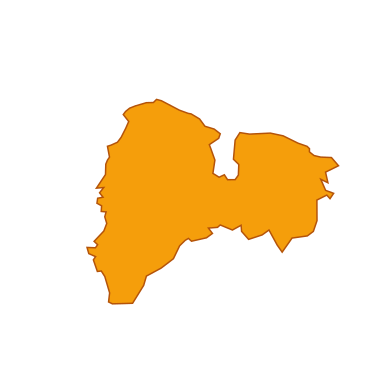 Beaufort, South Carolina, United States of America (orthographic projection), rotated 233°
{"feature_id": "52423323B11454809492263", "entity_name": "Beaufort", "entity_type": "district", "adm_level": 2, "iso_a3": "USA", "parent_name": "United States of America", "parent_adm1": "South Carolina", "projection": "orthographic", "projection_center": [-80.723, 32.391], "detail": "fine", "context": "isolated", "style": "filled", "palette": "amber", "viewbox_px": 384, "rotation_deg": 233, "n_neighbors": 0, "source": "geoboundaries", "source_scale": "gbopen_adm2", "svg_char_len": 1527}
<svg xmlns="http://www.w3.org/2000/svg" viewBox="0 0 384 384"><g transform="rotate(233 192 192)"><path d="M138.9,77.6L146.5,97.2L152.3,105.0L149.8,121.5L149.9,137.0L156.5,149.8L157.5,157.5L157.1,161.2L153.0,162.0L146.7,176.0L146.6,183.4L153.3,183.4L148.4,191.1L148.7,194.7L137.3,201.4L135.9,211.2L130.7,207.9L120.1,208.7L115.5,222.2L115.3,230.6L98.4,228.1L89.7,227.8L95.0,244.2L87.5,257.7L87.5,265.2L93.9,274.6L110.4,286.9L108.4,297.8L103.6,298.2L105.7,304.3L112.9,299.7L124.7,302.5L117.6,306.1L127.5,310.6L124.8,324.8L135.6,324.1L142.5,315.7L147.7,311.4L152.3,310.2L153.5,310.0L155.9,311.9L159.2,311.4L167.3,306.0L182.0,298.6L191.9,290.0L203.6,272.8L210.6,266.0L207.5,257.7L193.2,244.8L185.9,245.9L185.3,245.5L177.6,239.2L175.9,233.9L180.4,227.8L186.3,228.2L187.5,222.5L189.7,221.7L194.3,219.9L203.7,229.5L215.9,233.3L219.4,234.3L218.8,245.6L221.5,249.6L228.9,247.6L236.7,241.9L245.8,242.0L254.9,238.3L257.2,236.2L264.9,231.2L283.3,222.5L287.3,219.4L286.7,215.0L290.8,209.3L294.8,198.7L296.5,192.6L296.3,187.4L295.2,183.7L286.4,183.9L282.8,177.5L278.3,168.3L278.2,167.9L276.6,162.4L278.2,155.4L279.4,152.0L269.5,147.1L268.3,143.6L266.1,139.9L258.0,133.4L252.6,118.0L248.7,124.2L247.0,117.7L241.4,117.8L243.8,112.9L240.2,109.3L235.4,111.5L231.1,107.8L227.8,111.4L224.7,107.4L218.2,105.0L213.9,98.1L211.5,84.1L206.7,84.9L205.6,81.3L210.9,74.8L204.9,72.5L198.4,76.1L197.2,72.4L185.5,68.6L183.5,72.0L177.0,71.5L161.0,65.5L154.4,59.2L150.6,61.1L143.4,71.2L138.9,77.6Z" fill="#f59e0b" stroke="#b45309" stroke-width="1.5"/></g></svg>